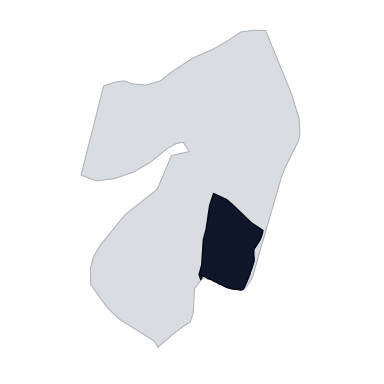 Dorra, Tadjourah, Djibouti shown in context, rotated 162°
{"feature_id": "41766387B22586556456338", "entity_name": "Dorra", "entity_type": "district", "adm_level": 2, "iso_a3": "DJI", "parent_name": "Djibouti", "parent_adm1": "Tadjourah", "projection": "orthographic", "projection_center": [42.487, 12.202], "detail": "fine", "context": "in_parent", "style": "filled", "palette": "ink", "viewbox_px": 384, "rotation_deg": 162, "n_neighbors": 0, "source": "geoboundaries", "source_scale": "gbopen_adm2", "svg_char_len": 1500}
<svg xmlns="http://www.w3.org/2000/svg" viewBox="0 0 384 384"><g transform="rotate(162 192 192)"><path d="M292.3,242.3L279.2,263.2L262.4,289.8L243.3,320.1L231.3,320.3L222.0,318.6L215.7,313.4L202.5,307.9L187.7,307.5L173.6,312.7L149.7,319.2L128.1,321.3L110.8,324.9L96.3,329.1L83.3,326.8L72.1,322.9L69.7,290.8L67.1,255.8L67.5,228.5L71.5,213.5L75.0,207.6L95.4,186.9L102.4,178.5L125.7,144.1L145.7,114.6L160.5,92.6L165.1,88.2L171.4,84.1L175.8,85.3L204.7,106.5L209.8,105.9L219.4,99.3L228.2,76.6L234.3,68.3L236.9,68.5L255.5,62.1L272.2,54.9L274.4,62.4L299.9,92.8L308.2,107.8L316.9,135.2L312.4,150.6L305.9,160.5L296.1,169.5L262.1,191.4L224.3,205.3L200.2,233.1L182.2,231.3L185.0,241.8L191.7,243.0L202.2,241.0L223.0,232.9L241.5,229.0L261.4,228.7L279.5,232.1L292.3,242.3Z" fill="#d9dde1" stroke="#a8b0b8" stroke-width="1"/><path d="M210.7,106.4L209.3,107.3L208.7,109.1L207.4,108.7L204.6,106.5L204.0,104.8L203.2,104.4L202.0,103.6L200.4,102.4L198.9,100.6L195.7,97.8L195.6,97.4L194.7,96.3L192.7,94.9L189.1,91.1L187.9,90.2L186.1,88.9L185.0,88.6L184.3,87.7L183.4,87.2L177.5,84.7L176.4,83.8L175.1,83.5L173.5,83.7L172.2,84.7L171.2,85.8L166.6,90.9L161.7,96.8L161.5,97.7L159.8,99.5L158.8,100.8L154.3,107.2L153.2,110.4L153.1,111.8L151.2,117.7L150.7,118.3L150.0,119.2L149.2,119.6L142.2,125.4L139.6,128.5L137.2,132.1L137.0,132.6L136.5,133.5L145.1,144.3L157.5,167.6L161.5,174.1L172.0,183.8L179.4,173.6L189.8,152.6L195.9,143.1L205.3,119.5L210.7,111.3L210.7,106.4Z" fill="#0f172a" stroke="#020617" stroke-width="1.5"/></g></svg>